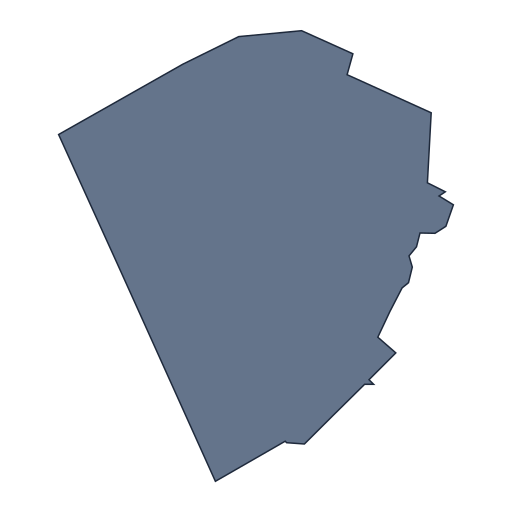 Laurens, Georgia, United States of America (Albers equal-area conic projection)
{"feature_id": "52423323B49982915430318", "entity_name": "Laurens", "entity_type": "district", "adm_level": 2, "iso_a3": "USA", "parent_name": "United States of America", "parent_adm1": "Georgia", "projection": "albers", "projection_center": [-82.822, 32.432], "detail": "fine", "context": "isolated", "style": "filled", "palette": "slate", "viewbox_px": 512, "rotation_deg": 0, "n_neighbors": 0, "source": "geoboundaries", "source_scale": "gbopen_adm2", "svg_char_len": 533}
<svg xmlns="http://www.w3.org/2000/svg" viewBox="0 0 512 512"><path d="M116.7,262.4L135.0,302.9L215.4,481.3L285.2,441.2L286.6,442.7L304.4,444.0L332.8,415.7L364.6,384.3L373.6,384.3L369.0,379.7L395.8,352.9L377.8,337.2L390.0,311.3L402.1,287.9L408.5,282.7L412.3,267.1L409.0,255.9L416.5,246.8L420.0,233.0L435.0,233.3L445.9,226.3L453.4,204.8L439.0,196.0L445.3,191.8L427.4,182.8L431.2,112.8L347.1,74.7L352.9,53.8L301.6,30.7L238.7,36.6L182.8,64.2L58.6,134.5L89.7,203.0L116.7,262.4Z" fill="#64748b" stroke="#1e293b" stroke-width="1.5"/></svg>